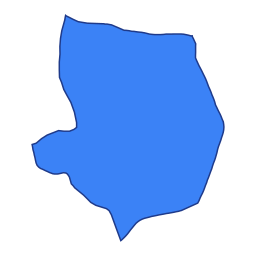 the district of Sibah, Abyan, Yemen
{"feature_id": "15242507B86075085818798", "entity_name": "Sibah", "entity_type": "district", "adm_level": 2, "iso_a3": "YEM", "parent_name": "Yemen", "parent_adm1": "Abyan", "projection": "natural_earth1", "projection_center": [45.411, 13.815], "detail": "fine", "context": "isolated", "style": "filled", "palette": "blue", "viewbox_px": 256, "rotation_deg": 0, "n_neighbors": 0, "source": "geoboundaries", "source_scale": "gbopen_adm2", "svg_char_len": 2476}
<svg xmlns="http://www.w3.org/2000/svg" viewBox="0 0 256 256"><path d="M111.6,24.9L107.2,24.1L104.9,24.1L104.1,23.8L87.4,23.2L78.2,21.7L73.0,19.3L69.7,17.6L66.2,15.9L65.6,15.4L65.2,17.4L64.8,19.9L61.8,30.7L60.5,38.5L60.3,41.2L59.9,46.4L60.0,54.1L59.3,62.0L59.3,63.8L59.3,69.9L59.5,77.4L61.6,82.5L63.8,89.5L67.0,95.4L70.9,102.4L74.4,112.1L76.6,122.6L76.6,127.4L74.0,129.4L69.5,131.2L63.9,131.2L58.5,130.6L53.5,132.6L51.4,133.4L47.1,135.1L41.5,138.7L36.2,143.2L32.1,144.5L32.6,147.0L33.0,149.7L33.8,152.4L34.3,155.0L35.0,157.7L35.5,160.3L36.1,162.9L37.1,165.3L38.7,167.1L40.6,168.5L42.7,169.3L45.3,170.6L47.6,171.6L49.7,172.6L52.2,173.5L52.6,173.7L54.6,174.0L57.1,174.0L58.2,173.9L60.5,173.4L63.4,172.7L65.9,173.0L66.0,173.1L67.4,174.0L69.3,176.8L70.5,180.9L71.3,183.8L71.5,184.0L73.3,185.9L74.7,187.8L83.6,195.1L86.3,197.8L90.8,202.4L95.8,205.3L102.2,207.3L106.4,208.6L109.1,210.6L111.4,214.8L111.5,215.1L115.4,225.9L116.3,228.4L120.8,240.6L121.7,239.9L123.6,238.1L125.5,236.2L127.6,233.8L129.2,231.7L130.6,229.8L132.2,227.9L134.3,225.3L136.1,223.2L138.0,221.6L139.9,220.3L142.3,219.1L144.5,218.3L146.9,217.7L149.3,217.1L151.7,216.4L153.9,216.0L156.4,215.5L159.0,214.9L161.3,214.5L164.0,214.0L166.4,213.5L168.6,213.2L171.4,212.7L173.6,212.3L176.3,211.7L178.6,211.3L180.1,210.8L181.4,210.5L197.7,203.1L199.0,200.7L200.0,198.2L201.1,195.8L202.4,193.3L203.5,190.8L204.6,187.9L205.4,185.6L206.6,182.7L207.4,180.0L208.4,177.7L209.6,174.4L210.7,171.4L211.7,168.9L212.5,166.1L213.5,163.1L214.5,160.6L215.3,158.3L216.1,155.5L216.9,152.7L217.6,149.5L218.3,147.0L219.3,144.3L220.8,140.2L221.6,137.5L222.4,135.2L223.2,132.5L223.7,129.9L223.9,127.0L223.7,124.5L223.3,121.8L222.2,119.3L221.2,116.7L220.2,114.4L219.0,112.1L217.8,109.7L216.7,107.3L215.5,104.9L214.8,102.2L213.9,99.5L212.9,97.0L211.9,94.7L211.6,93.9L211.1,92.4L209.9,89.5L208.6,86.7L207.7,84.2L206.7,81.5L205.6,78.8L205.4,78.4L204.5,76.5L203.4,74.3L202.0,71.4L200.5,68.5L198.9,65.5L197.9,63.3L196.6,60.5L195.5,57.9L195.5,55.2L195.6,52.4L195.6,49.7L195.6,46.6L195.6,46.0L195.7,43.8L193.4,38.7L192.4,36.8L192.2,35.8L191.0,35.9L188.5,35.2L186.2,34.7L183.6,34.2L180.9,34.0L178.4,34.0L176.0,34.0L173.6,34.0L171.1,34.1L168.5,34.1L166.0,34.1L163.8,34.4L160.7,34.6L157.6,34.6L154.8,34.6L152.3,34.4L149.5,34.1L146.8,33.4L144.3,32.8L144.2,32.8L141.4,32.3L139.1,32.1L137.3,31.9L136.6,31.8L134.1,31.4L131.7,31.3L129.0,30.7L126.5,30.4L124.9,30.3L124.1,30.3L111.6,24.9L111.6,24.9Z" fill="#3b82f6" stroke="#1e3a8a" stroke-width="1.5"/></svg>